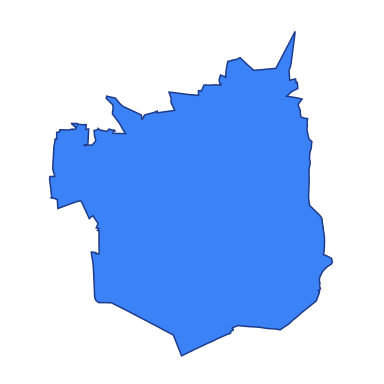 outline of Apaseo el Alto, Guanajuato, Mexico, rotated 2°
{"feature_id": "50627088B77789788594664", "entity_name": "Apaseo el Alto", "entity_type": "district", "adm_level": 2, "iso_a3": "MEX", "parent_name": "Mexico", "parent_adm1": "Guanajuato", "projection": "orthographic", "projection_center": [-100.583, 20.433], "detail": "fine", "context": "isolated", "style": "filled", "palette": "blue", "viewbox_px": 384, "rotation_deg": 2, "n_neighbors": 0, "source": "geoboundaries", "source_scale": "gbopen_adm2", "svg_char_len": 5784}
<svg xmlns="http://www.w3.org/2000/svg" viewBox="0 0 384 384"><g transform="rotate(2 192 192)"><path d="M55.7,203.7L56.5,204.0L57.7,204.3L57.9,207.3L58.5,213.2L72.2,207.6L77.7,205.4L81.3,204.9L82.7,207.2L86.1,213.9L89.6,220.8L90.3,222.2L90.9,221.6L91.5,221.0L93.7,219.1L99.3,226.9L98.5,228.8L97.5,231.2L100.2,231.8L100.0,232.1L99.5,233.0L98.9,233.7L100.3,233.9L100.4,234.8L100.5,238.2L100.6,239.8L100.7,243.1L101.0,250.0L101.2,253.9L101.3,256.9L99.4,257.0L98.8,257.1L98.2,257.2L98.2,255.9L94.7,255.6L93.7,255.4L93.4,255.7L94.6,262.1L95.1,264.2L95.5,266.7L95.9,269.7L96.3,273.7L96.9,281.3L97.6,290.0L97.7,291.4L98.0,295.1L98.1,296.5L98.2,299.1L98.3,299.7L98.6,301.3L98.9,302.1L99.4,303.1L100.3,304.1L101.7,305.3L102.3,305.6L103.0,305.8L109.7,305.6L115.5,305.6L119.8,307.6L127.2,311.0L131.3,312.9L141.0,317.6L143.2,318.6L149.3,321.5L153.0,323.3L159.5,326.4L165.6,329.4L168.4,330.8L170.9,332.0L171.8,332.4L172.1,332.6L175.5,334.2L178.4,335.7L187.3,356.1L198.9,349.9L200.8,348.7L201.5,348.6L202.6,348.0L204.7,346.9L206.5,346.0L210.5,343.9L215.3,341.5L216.8,340.8L223.3,337.4L227.1,335.5L230.8,333.7L231.7,333.3L234.2,332.4L234.4,332.4L234.9,332.0L235.6,331.6L235.4,331.0L235.7,329.9L236.1,329.6L236.7,329.4L237.7,328.8L238.0,328.4L238.0,327.8L237.7,327.4L236.8,326.8L237.0,326.5L237.6,326.1L238.6,325.5L239.7,325.2L241.3,324.5L243.0,323.7L243.5,324.0L244.3,324.1L251.3,324.4L253.2,324.6L257.3,324.6L261.7,324.7L267.4,325.2L271.7,325.7L273.1,325.9L275.8,325.8L276.5,325.8L277.4,325.9L278.3,326.0L278.8,326.0L281.2,326.1L282.5,326.3L284.8,326.7L287.6,324.7L287.9,324.4L291.0,322.2L292.9,320.9L295.1,318.8L296.3,317.5L297.5,316.3L298.3,315.6L299.2,315.0L304.7,309.9L306.2,308.3L307.2,307.7L308.0,306.9L308.9,306.1L310.2,305.0L312.1,303.3L314.5,301.3L314.7,301.2L315.3,300.6L317.5,298.7L319.1,297.3L319.9,296.6L320.4,295.6L321.3,292.6L322.2,290.1L323.0,287.0L322.8,286.5L321.8,286.0L323.7,284.5L323.4,283.3L322.8,281.7L322.9,279.7L323.1,279.0L322.5,276.7L322.4,275.1L322.5,273.9L322.5,273.6L322.6,272.9L323.4,271.0L324.5,268.5L325.1,267.5L325.8,266.2L326.4,265.5L328.2,263.6L330.1,261.7L333.6,259.3L334.8,257.4L333.8,253.5L333.6,253.4L330.4,251.8L329.4,251.3L325.5,249.9L326.2,246.6L326.2,237.0L325.8,231.5L325.3,228.7L324.8,226.4L324.4,224.0L324.4,222.5L323.6,220.2L323.5,218.7L323.2,217.3L323.0,215.0L322.8,214.1L322.3,213.2L321.2,211.6L319.9,210.3L310.0,201.3L308.7,193.8L308.7,175.6L308.3,169.7L308.2,164.6L309.0,160.2L309.1,159.3L309.0,157.4L308.4,155.5L308.2,153.4L308.6,147.4L309.5,144.9L309.8,141.0L309.7,140.5L310.1,137.6L306.9,134.7L305.9,130.6L304.9,126.7L304.7,123.9L305.0,121.3L304.6,118.3L304.8,115.8L305.0,114.6L303.5,114.4L302.9,114.5L298.4,113.4L297.7,110.7L297.7,110.1L297.5,109.4L297.3,108.3L297.4,107.4L297.5,106.9L295.1,101.5L295.6,99.8L298.8,95.3L295.5,94.6L293.6,94.3L290.3,93.7L288.9,93.7L287.4,93.4L283.2,93.0L286.3,90.0L287.3,89.0L288.8,87.9L290.3,86.9L291.6,86.3L293.0,85.5L294.1,84.9L293.7,81.0L293.3,78.8L292.1,78.8L292.2,78.2L291.5,75.4L290.4,75.6L285.7,76.9L284.7,66.6L285.5,64.8L286.1,63.1L286.1,62.6L286.3,61.0L286.4,60.2L286.5,60.1L286.7,59.2L286.7,58.7L287.1,53.5L287.2,52.9L289.0,34.4L289.3,30.9L289.4,27.9L288.1,30.7L286.7,33.7L285.9,35.4L285.1,37.3L281.1,45.4L280.6,46.5L271.5,65.5L270.9,65.5L267.0,66.1L262.4,66.6L258.3,67.2L249.2,68.2L248.4,67.4L247.7,66.7L245.6,65.0L244.4,64.1L241.5,61.5L235.3,56.0L232.0,57.9L227.2,58.9L227.1,59.4L223.3,60.1L222.8,62.6L222.6,63.8L221.8,69.4L221.8,70.3L221.7,71.8L221.7,76.2L220.2,75.2L219.8,75.3L219.5,75.2L218.9,75.0L217.2,74.4L216.4,74.1L215.3,78.4L215.2,79.1L215.2,79.6L216.2,82.9L217.2,83.1L216.9,84.3L216.7,84.3L214.3,84.2L212.3,84.1L211.3,84.1L208.8,84.4L208.4,84.3L205.8,84.6L203.0,84.7L202.8,84.6L200.2,84.7L198.9,88.2L197.8,90.8L197.3,90.4L195.0,90.5L195.0,93.8L195.1,94.4L195.1,95.3L193.4,95.1L188.2,94.8L186.2,94.8L169.3,93.2L165.5,93.0L167.1,97.1L167.7,98.4L167.9,99.7L167.8,102.4L168.4,104.4L168.9,105.4L171.9,110.9L171.4,111.1L159.0,113.3L156.0,113.8L154.4,114.1L154.5,112.4L149.9,114.3L146.3,115.3L142.5,116.4L141.7,117.3L141.0,118.5L141.0,119.2L139.8,120.9L139.4,120.9L138.8,116.8L138.3,116.6L136.3,115.8L135.7,115.5L129.6,112.9L128.6,112.5L126.3,111.5L121.3,109.4L119.8,108.7L117.0,106.3L116.2,105.5L116.1,105.3L112.3,101.0L112.2,100.8L107.6,100.0L103.4,99.2L103.0,101.5L109.7,107.6L110.1,109.8L110.2,113.4L109.9,113.4L109.7,116.5L110.2,117.4L114.9,123.2L117.6,126.7L120.4,131.4L120.5,131.6L121.5,133.1L122.9,134.9L123.6,135.9L122.1,136.0L121.8,136.0L116.2,136.1L111.0,136.1L111.4,133.8L112.9,133.7L112.0,132.7L111.3,132.8L111.1,133.1L108.4,132.4L107.0,132.1L106.9,132.0L106.3,132.8L105.8,133.3L105.0,134.5L103.9,134.2L103.6,134.2L102.6,134.0L101.7,133.8L100.3,133.6L99.1,133.4L99.1,133.7L95.8,131.8L95.8,132.0L96.0,132.2L96.0,132.8L91.9,134.1L92.2,135.2L92.3,136.4L92.4,137.7L92.7,139.4L93.1,140.9L93.8,142.7L93.9,144.4L92.0,146.9L90.4,148.4L90.2,148.7L88.1,148.7L86.6,148.7L84.9,149.0L83.4,149.5L82.6,149.0L82.6,148.8L82.8,148.6L86.3,148.6L86.5,132.6L84.2,133.0L83.7,133.0L84.0,128.6L82.5,128.2L82.3,128.4L80.2,128.6L78.2,128.4L75.4,128.2L75.2,127.6L69.3,127.6L69.5,128.3L71.1,129.3L71.1,129.5L71.6,130.1L72.2,130.3L73.0,131.2L73.4,131.1L73.6,130.8L74.7,130.5L73.6,133.0L70.6,133.8L70.4,133.3L69.8,133.4L66.6,134.3L57.9,134.4L57.7,134.4L57.6,134.8L57.8,135.5L57.7,135.8L57.7,136.3L56.7,136.6L56.7,136.9L54.7,137.1L54.8,142.7L54.9,144.0L53.5,143.8L53.2,144.1L53.1,145.6L53.1,147.5L53.0,147.8L52.7,149.6L52.4,151.9L52.3,153.7L52.3,155.4L52.2,163.9L52.1,164.4L52.0,172.8L52.2,174.8L53.7,179.1L54.2,180.8L54.3,181.2L50.5,181.4L49.4,181.5L49.2,183.8L49.6,186.5L50.3,190.7L51.1,196.1L51.6,199.7L51.9,201.8L51.9,202.3L51.5,202.6L52.1,202.7L52.3,202.8L52.5,203.1L53.1,203.2L53.6,203.0L53.8,203.0L54.2,203.0L54.7,203.2L55.1,203.2L55.7,203.7Z" fill="#3b82f6" stroke="#1e3a8a" stroke-width="1.5"/></g></svg>